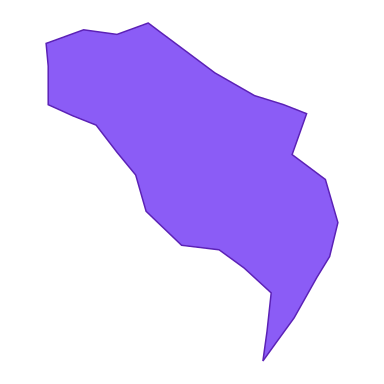 the district of Masari, Cyprus
{"feature_id": "46923920B88721309897809", "entity_name": "Masari", "entity_type": "district", "adm_level": 2, "iso_a3": "CYP", "parent_name": "Cyprus", "parent_adm1": "", "projection": "equal_earth", "projection_center": [33.076, 35.181], "detail": "fine", "context": "isolated", "style": "filled", "palette": "violet", "viewbox_px": 384, "rotation_deg": 0, "n_neighbors": 0, "source": "geoboundaries", "source_scale": "gbopen_adm2", "svg_char_len": 488}
<svg xmlns="http://www.w3.org/2000/svg" viewBox="0 0 384 384"><path d="M160.4,32.2L148.2,23.0L117.0,34.4L83.6,29.8L46.1,43.4L48.2,66.1L48.2,104.7L73.2,116.0L96.1,125.1L117.0,152.3L135.7,175.0L146.1,211.3L181.6,245.3L219.1,249.8L244.1,268.0L271.2,292.9L267.0,331.5L262.9,361.0L276.3,342.4L294.1,317.9L317.1,277.0L329.6,256.6L337.9,222.6L325.4,179.5L292.1,154.6L306.6,113.7L283.7,104.7L254.5,95.6L214.9,72.9L181.6,48.0L160.4,32.2Z" fill="#8b5cf6" stroke="#5b21b6" stroke-width="1.5"/></svg>